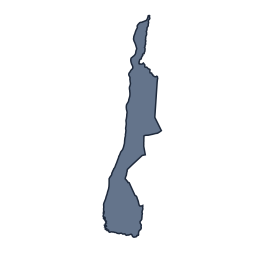 Malhada, Bahia, Brazil (Natural Earth projection), rotated 353°
{"feature_id": "56859067B5256800921845", "entity_name": "Malhada", "entity_type": "district", "adm_level": 2, "iso_a3": "BRA", "parent_name": "Brazil", "parent_adm1": "Bahia", "projection": "natural_earth1", "projection_center": [-43.629, -14.13], "detail": "fine", "context": "isolated", "style": "filled", "palette": "slate", "viewbox_px": 256, "rotation_deg": 353, "n_neighbors": 0, "source": "geoboundaries", "source_scale": "gbopen_adm2", "svg_char_len": 5896}
<svg xmlns="http://www.w3.org/2000/svg" viewBox="0 0 256 256"><g transform="rotate(353 128 128)"><path d="M161.8,19.0L161.5,19.7L161.3,20.3L160.9,21.1L160.6,21.8L160.2,22.4L159.8,22.9L159.2,23.4L158.5,23.7L157.9,23.8L157.2,24.0L156.6,24.2L156.0,24.3L155.3,24.5L154.8,24.7L154.1,24.7L153.1,24.7L152.5,24.9L152.0,25.3L151.6,25.6L151.0,26.1L150.1,27.0L149.5,27.9L149.5,28.6L149.6,29.2L149.1,30.2L148.3,31.3L147.3,33.0L146.3,35.3L145.7,36.3L145.3,37.1L144.9,38.0L144.7,38.9L144.3,40.4L144.4,41.1L144.6,42.5L144.9,43.3L145.2,44.3L145.5,45.4L145.7,46.4L146.2,49.3L146.3,50.3L146.0,51.1L145.7,51.8L145.3,52.4L145.1,53.2L144.8,54.2L144.6,54.9L144.0,55.9L142.7,57.1L141.6,57.7L140.7,58.4L140.0,58.7L139.5,59.2L139.2,60.1L139.0,60.8L139.0,62.8L139.2,63.8L139.4,65.0L139.8,66.1L140.1,67.1L140.2,67.8L140.1,68.9L139.8,69.5L139.4,70.0L138.7,70.4L137.9,71.2L137.3,71.9L136.9,72.5L135.8,73.6L135.5,74.2L135.3,75.0L135.3,75.7L135.5,76.3L136.0,77.7L136.1,78.3L136.0,79.0L135.8,79.8L135.8,80.9L135.8,81.9L135.8,82.8L135.9,83.6L135.8,84.4L135.6,85.1L135.3,85.9L135.0,86.5L134.5,87.4L134.3,88.2L134.2,89.0L134.2,90.2L134.3,91.0L134.2,92.1L134.2,93.5L134.0,95.0L133.7,96.5L133.5,97.0L132.9,98.5L132.3,99.8L131.9,101.2L131.4,102.1L130.8,102.9L130.1,103.8L129.6,104.4L129.3,105.0L129.1,105.7L129.0,106.3L128.8,107.0L128.8,107.9L128.7,109.0L128.9,110.6L129.0,111.6L129.0,112.5L128.4,114.7L128.2,116.0L127.8,117.5L127.5,118.6L127.1,119.6L126.8,120.8L126.9,121.8L126.8,122.5L126.8,123.2L126.7,124.2L126.4,125.2L126.0,126.8L125.7,127.6L125.6,128.3L125.6,129.3L125.7,129.8L125.5,130.8L125.3,131.7L125.1,132.6L124.6,134.1L124.5,135.6L123.8,137.3L123.2,139.7L122.9,141.3L122.6,142.9L122.3,143.6L121.1,146.7L120.2,148.4L119.9,148.9L118.7,150.1L117.9,150.9L117.3,152.0L116.2,154.0L115.9,154.4L115.4,155.0L114.9,156.5L114.0,158.1L113.5,159.1L112.4,161.3L111.4,163.0L111.0,163.8L110.5,164.8L109.9,165.8L108.9,166.8L108.5,167.8L108.0,168.2L107.7,168.9L106.5,170.8L106.1,172.2L105.8,172.8L104.7,173.9L104.0,174.7L103.0,176.2L103.0,176.8L102.5,180.7L102.0,183.7L101.5,185.3L101.2,186.3L100.0,188.8L99.2,191.0L98.0,193.4L97.1,195.7L96.0,197.7L95.5,198.6L95.1,199.3L94.5,200.7L94.4,201.5L94.3,203.7L93.9,205.2L93.7,207.6L93.3,208.8L94.0,208.5L93.8,209.5L93.2,210.7L92.8,211.7L92.5,212.5L93.1,213.2L92.6,214.5L93.0,215.2L93.2,214.4L93.5,213.6L94.1,213.8L94.4,214.5L94.1,215.4L94.1,217.2L94.6,217.4L95.1,217.9L94.5,218.4L94.9,219.6L94.4,219.6L94.0,220.0L93.5,220.9L94.1,221.5L94.4,222.2L93.5,222.2L92.8,222.0L93.0,222.7L94.0,223.1L93.0,223.6L93.4,223.9L93.5,224.4L93.0,225.4L93.4,225.8L93.8,226.2L94.3,225.3L94.7,225.6L94.6,226.5L94.9,227.3L95.8,226.9L96.2,227.1L96.3,228.6L97.0,229.2L97.6,229.2L98.5,229.0L99.5,229.1L100.1,229.4L101.2,229.5L101.7,229.9L102.4,230.1L103.1,230.2L103.8,230.6L104.4,231.2L105.7,231.5L106.3,231.8L107.3,231.5L108.8,231.7L110.0,232.7L111.4,232.6L112.0,232.7L112.3,233.4L112.8,233.9L113.3,234.3L114.5,234.2L115.5,234.3L117.9,233.8L118.5,234.0L118.8,234.5L119.4,236.3L120.0,236.7L120.3,237.0L121.1,237.1L121.7,237.0L122.4,237.0L122.9,236.9L123.4,236.7L123.5,236.1L123.9,235.7L125.2,235.7L125.5,235.2L125.4,234.6L125.5,234.0L125.8,233.4L125.8,232.6L126.1,232.1L126.4,231.6L126.9,231.1L127.3,230.7L128.1,230.4L128.9,229.1L129.0,228.5L128.9,227.7L129.1,226.9L129.3,226.2L129.2,225.3L128.9,224.9L128.5,224.0L128.5,223.4L128.5,222.5L128.8,222.1L129.1,221.8L129.7,221.3L130.2,220.7L130.5,220.3L130.7,219.5L130.7,218.8L131.0,218.3L131.1,217.5L131.2,216.9L131.3,216.1L131.6,215.4L131.8,214.9L131.8,214.2L131.6,213.4L131.8,212.6L132.3,211.4L132.7,210.7L132.9,210.0L132.9,209.0L132.9,208.2L133.2,207.5L133.2,206.7L132.4,207.1L131.8,207.0L131.3,207.0L130.7,207.0L130.1,206.7L129.7,205.9L129.5,204.8L129.4,204.1L129.3,202.7L129.2,201.7L129.0,201.1L128.8,200.0L128.6,199.4L128.5,198.6L128.4,197.9L128.2,197.3L127.9,196.7L127.4,196.2L126.7,195.8L122.5,182.5L121.9,182.2L121.3,182.1L121.1,181.2L120.7,180.5L120.2,180.1L119.9,179.3L119.5,178.7L119.1,178.4L119.1,177.8L119.3,177.2L119.7,176.2L120.1,175.5L120.4,175.0L120.8,174.3L120.8,173.4L121.2,172.7L121.3,172.1L121.6,171.4L121.9,170.8L121.9,170.2L122.2,169.4L122.5,168.9L127.8,164.9L138.7,157.0L140.3,156.8L141.9,156.7L141.4,148.5L141.4,147.9L141.5,147.1L141.7,145.9L141.8,144.6L142.1,143.1L142.4,140.6L142.6,139.6L142.8,137.9L143.7,137.5L144.3,137.4L145.1,137.4L145.7,137.5L147.4,137.6L148.5,137.5L149.2,137.4L149.8,137.4L150.3,137.3L151.1,137.3L151.6,137.2L152.5,137.1L153.3,137.0L153.8,136.9L155.2,136.8L156.2,136.8L157.1,136.6L159.6,135.4L160.8,134.7L156.2,121.6L155.9,120.7L162.5,86.1L163.0,84.0L163.1,83.3L163.4,82.9L163.5,82.3L163.4,81.6L163.5,80.9L163.3,80.4L162.7,80.1L162.0,80.5L161.4,80.5L160.9,80.3L160.3,80.0L159.9,79.6L159.4,79.2L159.0,78.8L159.1,78.1L158.2,77.2L158.2,76.5L157.8,76.2L157.3,76.1L156.7,76.0L156.5,75.2L156.6,74.4L156.9,72.6L156.2,72.1L155.6,71.9L155.1,71.3L154.5,70.6L154.0,69.9L153.3,69.9L152.5,69.7L152.1,69.4L152.2,68.4L152.4,67.5L152.0,66.9L151.7,66.3L151.2,65.4L150.6,65.7L150.2,66.0L149.6,66.3L148.8,66.2L148.3,66.0L147.8,66.0L147.2,65.8L146.8,65.5L147.1,64.9L146.9,64.3L147.1,63.5L147.5,63.0L147.8,61.9L148.2,61.4L149.0,61.2L149.6,61.0L149.8,60.1L150.0,59.4L150.5,59.0L150.8,58.4L151.5,57.9L151.4,56.9L152.1,56.2L152.6,56.3L153.1,56.1L153.3,55.1L153.7,54.6L154.0,54.1L154.2,53.3L154.4,52.5L154.6,51.4L154.5,50.6L154.2,50.1L154.5,49.7L154.8,49.2L154.9,48.6L155.0,47.9L155.5,47.4L155.8,46.7L155.6,46.0L155.8,45.3L155.9,44.6L156.3,44.0L156.3,43.3L156.0,42.8L156.2,42.3L156.4,41.7L156.5,41.2L156.5,40.4L156.8,39.7L156.9,39.1L157.6,38.1L157.9,37.4L157.9,36.9L158.0,36.2L158.1,35.6L158.0,34.9L157.9,34.3L158.4,33.7L158.7,32.8L159.0,32.0L159.0,31.2L159.3,30.4L159.9,29.9L160.4,29.2L160.6,28.6L160.7,27.9L160.8,27.1L161.2,26.3L161.3,25.8L161.3,25.2L161.2,24.5L161.3,24.0L161.7,23.3L162.3,22.8L162.7,22.5L163.0,21.9L163.0,21.2L162.8,20.7L162.9,20.0L163.2,19.3L162.8,18.9L161.8,19.0Z" fill="#64748b" stroke="#1e293b" stroke-width="1.5"/></g></svg>